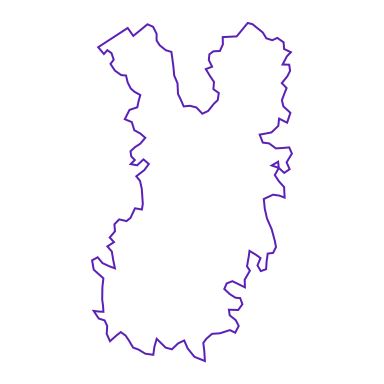 Novo Itacolomi, Paraná, Brazil
{"feature_id": "56859067B16333418565367", "entity_name": "Novo Itacolomi", "entity_type": "district", "adm_level": 2, "iso_a3": "BRA", "parent_name": "Brazil", "parent_adm1": "Paraná", "projection": "robinson", "projection_center": [-51.532, -23.781], "detail": "fine", "context": "isolated", "style": "outline", "palette": "violet", "viewbox_px": 384, "rotation_deg": 0, "n_neighbors": 0, "source": "geoboundaries", "source_scale": "gbopen_adm2", "svg_char_len": 2510}
<svg xmlns="http://www.w3.org/2000/svg" viewBox="0 0 384 384"><path d="M277.3,37.9L272.3,40.2L266.3,38.3L262.8,32.5L252.5,24.2L247.7,23.0L236.7,36.4L222.7,37.1L222.9,44.3L219.9,51.0L213.4,51.3L209.4,54.3L208.8,60.0L212.1,66.7L205.8,69.1L210.0,76.0L214.0,82.0L213.4,89.2L218.8,93.0L217.7,100.2L214.1,103.5L208.1,111.0L202.3,113.7L196.5,107.5L190.0,105.8L183.7,106.4L181.0,100.2L178.0,93.9L177.5,83.3L174.2,75.5L173.4,66.7L172.4,58.9L171.4,51.9L165.8,50.2L159.7,45.3L156.6,40.5L156.6,33.8L153.1,26.8L147.5,24.3L133.3,35.9L127.7,28.0L98.2,47.2L103.9,54.0L107.3,50.2L111.5,53.1L113.7,59.7L110.5,63.9L114.9,70.6L121.2,75.1L126.0,75.5L127.7,82.5L130.8,88.6L134.5,91.8L140.3,95.0L138.5,101.5L137.3,107.3L129.5,109.9L124.8,119.2L131.8,122.1L134.3,130.2L140.3,133.5L145.3,137.8L140.3,143.7L135.3,146.9L130.5,151.3L131.3,156.5L134.8,160.0L130.7,164.1L137.1,165.3L143.5,159.4L148.8,164.0L144.3,170.1L136.3,176.3L140.0,180.9L141.8,188.9L142.8,204.0L141.9,209.5L135.0,208.3L130.5,217.9L126.5,221.1L119.2,219.4L114.4,224.3L115.0,231.3L109.7,237.5L114.0,242.1L107.4,246.4L111.8,251.5L113.2,259.9L114.9,268.3L109.4,266.3L102.5,263.1L97.7,257.3L92.1,260.3L93.7,269.6L97.4,273.0L103.4,278.3L102.4,287.1L102.2,299.8L103.0,305.3L103.4,311.8L98.4,311.5L93.7,310.9L98.7,318.5L104.6,320.4L107.2,326.0L106.7,333.8L110.0,341.2L116.3,335.6L120.8,332.1L125.6,335.6L129.0,340.6L133.1,347.6L138.6,349.6L145.3,353.7L153.3,354.8L154.4,346.8L156.7,338.8L165.6,347.6L171.9,349.3L178.2,343.3L184.2,340.5L187.7,348.5L194.5,356.9L204.9,361.0L204.3,351.1L203.3,342.9L206.3,338.8L212.1,333.8L219.9,333.3L229.9,330.1L235.2,332.7L238.7,326.0L235.8,320.2L229.7,315.3L228.9,309.7L238.2,310.0L242.4,304.2L240.2,298.1L235.4,297.7L229.9,294.2L224.3,289.0L226.7,283.4L232.4,281.2L244.9,287.3L244.7,279.7L249.9,270.7L247.0,266.3L248.7,256.8L249.5,250.9L255.7,254.6L260.5,258.1L257.5,265.4L260.8,271.1L266.1,269.2L266.6,261.6L267.7,253.6L273.1,252.9L276.0,247.1L274.8,240.8L271.7,229.3L267.0,218.5L264.8,208.9L263.8,199.0L273.0,194.7L279.3,195.6L284.6,197.6L284.1,187.1L278.9,181.3L274.8,175.1L278.8,167.9L284.2,172.9L289.6,169.2L286.6,162.3L291.9,153.6L289.2,147.4L282.6,148.0L275.9,148.4L269.1,143.4L262.8,142.6L259.7,134.6L266.0,133.5L271.5,132.4L278.3,125.9L279.1,118.6L287.1,122.7L290.4,112.8L283.4,106.4L281.9,100.2L283.9,94.8L286.6,88.1L281.8,83.1L287.4,76.2L290.1,70.8L289.2,64.7L282.6,64.5L286.9,56.3L290.9,52.2L284.1,49.0L283.6,42.3L277.3,37.9ZM278.8,167.9L271.7,165.5L278.1,161.7L278.8,167.9Z" fill="none" stroke="#5b21b6" stroke-width="2"/></svg>